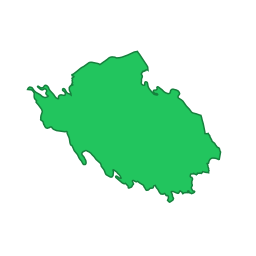 Khueang Nai, Ubon Ratchathani, Thailand (Equal Earth projection), rotated 144°
{"feature_id": "78962969B53843894675562", "entity_name": "Khueang Nai", "entity_type": "district", "adm_level": 2, "iso_a3": "THA", "parent_name": "Thailand", "parent_adm1": "Ubon Ratchathani", "projection": "equal_earth", "projection_center": [104.546, 15.396], "detail": "fine", "context": "isolated", "style": "filled", "palette": "green", "viewbox_px": 256, "rotation_deg": 144, "n_neighbors": 0, "source": "geoboundaries", "source_scale": "gbopen_adm2", "svg_char_len": 5780}
<svg xmlns="http://www.w3.org/2000/svg" viewBox="0 0 256 256"><g transform="rotate(144 128 128)"><path d="M116.6,39.6L115.7,38.9L115.3,37.7L115.1,37.5L113.2,37.0L112.1,37.0L111.5,37.3L111.4,37.5L111.4,37.8L112.1,38.5L112.4,39.0L112.4,40.6L112.0,42.3L111.6,42.7L109.8,43.7L109.2,44.8L109.1,45.7L108.3,46.5L108.0,47.1L105.8,48.7L105.5,49.4L105.4,50.7L106.1,51.3L106.2,52.0L105.9,52.6L104.6,53.7L104.2,53.8L102.8,53.0L102.2,52.5L101.8,52.4L101.5,52.6L101.3,52.3L101.4,52.1L100.2,50.1L100.0,50.3L99.0,50.0L98.4,50.6L97.1,49.5L96.8,49.5L96.0,48.9L95.5,48.2L94.9,48.4L94.3,48.2L93.2,48.8L91.1,46.3L89.7,45.1L89.1,44.4L88.3,45.5L87.5,46.0L87.5,46.4L87.1,47.2L86.6,47.7L86.0,49.9L85.6,50.4L85.1,51.8L84.9,52.8L84.6,52.8L83.8,52.2L83.5,52.2L82.2,53.4L80.3,54.4L79.1,54.5L78.0,54.3L77.3,54.0L76.0,53.0L74.7,51.7L73.9,50.5L73.2,49.2L72.6,49.0L67.2,54.2L67.2,54.8L66.8,56.2L66.3,57.2L66.2,58.7L67.0,59.8L67.1,62.7L66.9,64.7L67.8,67.8L67.4,68.9L66.9,72.5L66.4,73.8L66.5,75.7L66.3,76.5L66.9,76.7L67.7,77.1L69.0,78.3L68.1,79.7L64.7,87.1L63.2,91.2L62.2,93.5L61.6,95.4L62.3,96.2L64.5,99.4L66.5,101.8L67.1,102.9L67.3,103.5L67.3,107.1L67.9,111.5L67.8,117.4L68.3,119.4L69.5,122.3L69.6,123.0L69.3,123.8L68.8,124.3L66.5,125.1L66.0,125.5L65.6,126.9L65.7,128.7L66.6,130.4L68.7,132.9L69.5,133.4L70.2,133.5L71.4,133.3L73.1,131.9L73.7,131.6L74.8,131.8L75.6,132.5L76.5,133.8L77.2,135.1L77.6,136.3L78.0,139.0L79.4,143.5L79.9,144.0L80.5,144.0L80.9,143.7L81.4,142.5L81.9,142.2L83.1,142.3L84.7,143.3L85.3,143.3L85.9,142.9L86.2,142.1L86.0,140.4L85.7,139.9L84.6,139.0L84.2,138.2L84.2,137.8L84.5,137.5L85.2,137.6L87.0,139.7L87.2,140.1L87.6,143.3L87.8,147.0L87.7,148.3L87.3,149.9L85.8,153.0L85.7,153.6L85.8,154.0L86.3,154.8L86.7,155.1L87.3,155.1L88.1,154.5L89.1,153.1L89.7,153.1L90.6,153.7L91.0,154.5L91.1,155.2L91.1,156.0L90.7,156.8L89.5,158.0L88.7,159.2L88.2,159.8L86.3,161.0L85.7,162.2L85.6,163.7L84.9,164.4L84.3,164.4L83.9,164.8L83.0,164.7L82.5,165.1L81.6,164.4L80.9,164.7L80.4,164.2L79.9,164.0L79.5,164.4L79.1,164.4L78.1,163.6L77.9,163.0L76.2,165.8L75.9,168.9L75.9,170.0L75.4,180.9L75.5,183.6L75.3,184.4L78.3,185.8L85.4,187.2L91.1,188.8L93.6,189.9L96.1,191.4L97.0,193.0L99.0,194.8L99.9,195.3L100.9,195.7L102.4,195.9L104.5,195.7L113.5,195.8L113.6,196.5L114.5,197.9L118.6,202.4L119.7,203.2L120.8,203.7L121.7,203.8L127.6,203.8L129.6,204.1L131.2,204.2L135.5,203.9L141.4,203.7L141.6,203.7L141.7,204.1L142.0,204.1L142.5,203.1L141.5,201.6L141.5,201.4L142.1,201.1L144.1,201.2L144.2,200.1L145.2,199.4L145.9,198.0L146.0,197.4L146.8,197.2L147.1,196.8L147.2,195.7L147.4,195.3L147.7,195.4L147.9,196.3L148.1,196.4L148.7,195.7L149.9,195.9L150.4,195.6L151.2,195.5L151.8,195.2L153.2,193.1L153.9,189.7L154.7,188.2L155.2,189.7L156.3,191.3L156.5,192.0L156.7,193.2L156.4,195.7L156.4,196.8L156.8,197.6L157.2,197.9L158.0,197.9L158.7,197.1L158.7,196.5L158.2,194.9L158.1,193.8L158.5,192.6L159.4,191.8L159.9,191.7L160.6,192.0L162.7,194.2L164.0,194.7L165.0,194.6L165.6,194.3L166.2,193.8L166.9,192.6L167.2,192.7L167.8,193.2L168.4,194.5L168.6,195.7L168.5,199.0L169.1,204.0L169.0,205.9L168.5,207.7L168.6,209.0L168.8,209.9L169.4,210.9L170.3,211.3L171.3,211.1L172.5,210.6L174.0,211.0L174.5,211.4L175.2,212.3L176.0,214.5L176.4,214.8L176.8,214.7L176.9,214.2L176.8,213.6L176.1,210.8L175.7,210.0L175.1,209.3L174.6,209.0L172.7,208.8L172.3,208.6L171.8,208.0L171.6,207.0L171.8,206.0L172.1,205.5L173.9,204.6L174.2,204.1L174.4,202.8L173.8,201.3L173.9,200.7L174.6,200.5L176.7,201.1L177.7,201.9L178.8,203.7L179.5,206.6L181.5,211.0L182.0,213.4L181.9,216.1L182.0,217.2L182.9,218.4L183.7,219.0L185.2,218.9L186.1,218.5L186.6,218.2L183.6,215.5L183.2,213.5L183.3,212.0L183.4,211.3L185.2,209.0L186.1,207.4L186.3,205.6L185.9,203.9L186.1,203.6L186.9,203.2L187.2,202.8L186.9,199.1L186.9,193.9L187.5,192.0L187.9,191.4L191.0,189.2L192.4,187.8L193.2,186.6L193.7,186.2L193.8,185.5L193.2,184.0L193.1,182.9L194.0,180.6L194.1,179.5L194.4,177.7L194.3,176.5L193.5,175.3L191.6,174.6L190.1,174.4L189.6,174.1L189.3,173.6L189.3,172.0L189.0,170.7L187.3,167.9L181.2,162.0L179.9,161.4L179.6,160.9L179.7,160.4L180.4,159.3L181.4,154.7L182.0,153.3L183.7,150.0L184.3,148.1L184.2,147.7L183.7,146.9L184.0,144.8L184.8,141.3L184.5,136.1L185.2,132.5L185.3,131.2L185.1,128.5L185.4,126.6L185.5,124.8L185.1,124.3L184.3,123.8L183.9,123.6L183.5,123.7L182.5,124.3L181.5,126.0L181.2,126.9L181.1,128.3L180.7,130.2L180.9,133.6L180.2,134.7L178.4,135.2L175.6,134.7L174.8,134.0L174.4,132.9L173.8,132.1L172.9,129.7L172.7,127.2L172.3,124.7L172.3,121.3L171.1,115.7L171.3,114.4L172.1,112.7L172.0,109.0L172.1,107.7L173.1,103.9L173.0,102.8L171.3,99.1L170.7,98.3L169.8,97.8L168.1,98.3L165.7,100.9L164.9,102.7L164.5,102.9L164.2,102.6L163.0,99.0L163.0,97.5L162.6,95.4L162.6,93.8L163.0,91.5L163.2,91.4L163.5,91.5L164.7,93.1L164.9,94.5L165.5,95.8L165.9,96.1L166.5,96.0L166.8,95.5L166.9,95.1L165.0,87.2L164.4,85.9L163.9,85.2L163.3,84.8L162.6,84.7L162.1,81.0L162.3,80.3L162.9,79.5L162.8,79.1L162.1,78.7L159.9,78.2L159.1,78.4L158.1,79.1L156.8,79.2L156.3,79.7L156.1,81.1L155.7,82.5L155.3,82.7L154.7,82.6L154.2,82.1L153.6,80.5L153.3,80.0L152.8,79.5L151.5,79.1L150.9,76.8L149.6,73.7L149.2,72.5L149.6,70.7L149.6,69.2L149.9,67.8L149.8,67.1L149.5,66.6L147.9,65.9L145.4,66.2L143.7,65.1L142.8,64.9L141.2,66.0L139.7,65.6L139.7,65.1L140.0,64.1L140.1,62.5L139.9,60.9L140.4,57.2L140.2,55.3L138.5,53.8L137.3,53.7L136.8,53.5L136.8,50.9L136.6,50.6L136.0,50.4L135.5,49.5L135.9,48.4L137.0,47.1L138.5,46.3L138.5,45.9L138.1,43.7L137.4,43.4L134.1,43.3L132.7,44.1L132.5,44.4L132.3,46.2L131.3,48.1L130.8,50.4L130.4,51.0L130.1,51.0L128.6,49.9L127.1,47.2L126.0,45.8L125.5,45.6L124.9,45.7L123.3,46.5L122.8,46.5L122.3,44.9L121.9,44.0L122.4,42.9L122.3,42.6L120.5,42.6L119.8,42.0L119.0,41.7L118.2,40.9L117.5,40.6L117.2,40.7L116.9,41.8L116.2,41.7L115.9,41.4L115.9,40.9L116.6,39.6Z" fill="#22c55e" stroke="#15803d" stroke-width="1.5"/></g></svg>